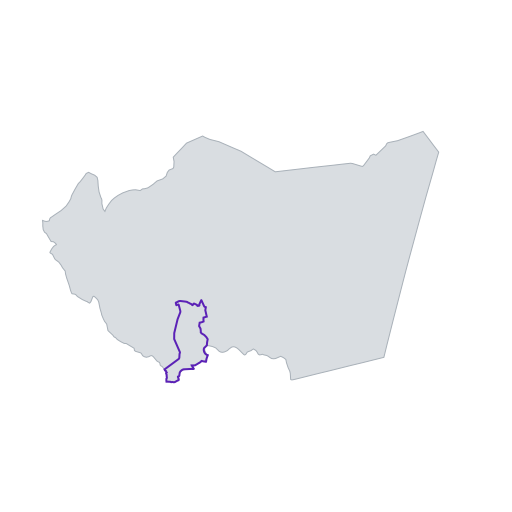 where Sila sits in Chad, rotated 77°
{"feature_id": "TCD-5582", "entity_name": "Sila", "entity_type": "Prefecture", "adm_level": 1, "iso_a3": "TCD", "parent_name": "Chad", "parent_adm1": "", "projection": "orthographic", "projection_center": [21.327, 12.006], "detail": "fine", "context": "in_parent", "style": "outline", "palette": "violet", "viewbox_px": 512, "rotation_deg": 77, "n_neighbors": 0, "source": "natural_earth", "source_scale": "10m", "svg_char_len": 5842}
<svg xmlns="http://www.w3.org/2000/svg" viewBox="0 0 512 512"><g transform="rotate(77 256 256)"><path d="M383.5,154.2L383.7,165.5L383.9,176.7L384.0,187.9L384.2,199.2L384.4,210.4L384.5,221.7L384.7,233.0L384.9,244.3L384.9,248.0L384.6,249.5L384.0,250.0L378.2,249.0L375.7,249.0L372.1,249.8L366.9,250.3L363.5,250.2L361.2,252.1L359.3,254.5L360.3,260.1L360.1,261.9L359.4,263.9L357.8,265.5L356.2,266.9L355.3,268.0L354.1,270.6L353.2,271.8L353.3,273.4L353.1,275.0L352.1,275.9L349.7,276.6L348.1,277.3L346.8,278.6L346.0,279.4L346.4,280.6L347.1,282.2L347.4,284.7L347.7,286.2L348.9,287.4L349.6,288.2L349.9,289.3L349.2,290.1L346.2,292.0L345.0,292.7L343.6,293.6L343.1,293.9L340.9,295.7L339.8,297.2L339.3,298.5L339.3,300.2L340.4,302.9L341.7,305.1L342.1,306.8L342.4,308.6L342.3,310.4L341.7,311.9L340.6,313.3L336.5,315.9L334.4,318.8L332.8,322.2L332.4,324.1L332.9,325.3L333.7,326.4L335.0,326.9L336.8,327.1L339.7,326.5L342.5,326.1L345.5,327.4L347.0,330.2L346.4,332.4L347.5,336.2L348.6,340.8L348.5,342.4L348.9,343.0L350.8,343.3L351.2,344.3L350.6,352.5L351.5,354.7L352.7,356.4L354.1,357.2L355.6,358.3L356.3,359.0L357.9,359.2L359.8,360.7L360.3,362.6L360.2,364.5L359.1,368.7L358.3,371.5L357.2,371.3L355.0,370.6L352.4,370.0L349.1,369.6L346.1,370.7L342.7,372.2L341.7,373.3L340.7,373.9L339.3,373.8L337.9,374.0L337.2,375.0L336.0,376.2L331.2,378.6L330.1,379.4L329.5,380.3L329.5,381.2L330.0,383.2L330.0,385.6L329.0,387.5L327.7,388.8L326.3,389.3L325.1,389.6L324.3,390.4L321.8,394.8L320.7,395.7L318.5,395.5L312.1,402.1L311.5,404.1L309.2,406.9L306.2,409.9L303.6,411.4L303.4,412.0L302.7,412.6L301.1,413.2L295.4,417.0L288.7,416.8L285.7,418.2L282.8,418.9L278.5,419.6L277.3,419.5L271.8,419.8L265.4,419.6L263.0,420.1L260.7,421.5L259.0,422.7L258.7,423.2L259.0,423.7L258.9,424.1L263.4,427.2L264.5,428.7L263.3,430.2L262.8,430.4L262.7,430.4L262.0,431.6L259.4,435.0L255.3,439.1L253.3,440.2L252.5,441.0L251.4,443.7L250.7,444.0L248.0,444.4L242.6,444.6L235.1,445.4L230.6,445.6L227.8,445.3L223.8,447.2L222.4,447.6L221.5,447.8L217.6,449.5L214.4,452.3L213.2,452.8L208.6,453.9L206.8,455.8L206.0,456.0L203.1,453.4L201.1,451.0L200.2,448.7L200.1,447.9L199.5,448.0L197.9,449.0L196.5,450.2L195.8,452.4L191.1,453.9L187.1,455.1L185.2,456.7L182.4,457.4L178.8,457.0L176.0,456.3L173.3,456.0L174.6,454.0L175.2,452.5L175.3,450.7L175.1,449.4L173.5,448.7L172.5,447.7L170.2,441.8L167.9,435.7L164.6,429.7L161.0,425.8L158.3,423.4L157.5,423.1L156.1,422.3L155.2,421.7L150.4,417.5L145.4,412.8L144.1,410.7L141.6,407.6L138.9,404.4L137.4,402.9L136.8,400.3L138.8,398.0L141.0,395.0L143.6,393.1L146.9,393.1L152.3,394.0L158.2,394.5L164.1,394.0L165.6,393.6L167.1,393.6L170.3,394.4L175.8,394.4L178.6,393.2L175.6,391.1L172.4,387.8L169.4,384.2L167.6,380.9L165.9,376.7L164.5,371.5L163.7,364.9L163.9,361.1L164.4,358.4L166.2,354.1L165.1,351.5L165.4,349.4L165.3,346.3L164.8,344.7L162.8,339.6L162.4,339.0L160.6,335.5L159.9,329.5L157.9,325.6L154.6,323.6L152.7,321.3L152.1,317.2L150.8,316.1L145.5,314.6L141.1,314.4L138.0,309.8L134.1,303.8L130.4,298.3L128.3,287.3L127.1,281.0L128.8,279.2L132.0,274.8L136.3,266.4L145.8,253.6L150.6,247.0L160.1,237.2L171.7,225.1L178.3,218.3L179.7,205.7L181.2,192.4L182.3,182.3L183.7,170.4L184.9,160.4L185.7,153.2L186.9,142.9L187.7,141.0L192.3,133.0L192.7,132.0L191.9,130.6L186.0,123.6L184.1,122.1L183.2,118.5L184.8,116.5L177.9,104.9L176.1,103.5L175.3,102.1L175.3,100.0L175.5,92.1L174.1,79.7L172.2,65.2L180.9,61.3L187.5,58.4L195.9,54.6L203.4,58.8L214.4,64.8L225.4,70.9L236.4,77.0L247.5,83.0L258.6,89.0L269.8,95.0L281.0,101.0L292.2,107.0L303.5,113.0L314.8,118.9L326.2,124.8L337.6,130.7L349.0,136.6L360.5,142.5L372.0,148.4L383.5,154.2Z" fill="#d9dde1" stroke="#a8b0b8" stroke-width="1"/><path d="M350.7,370.0L350.2,370.0L349.6,369.4L349.4,369.7L349.1,369.6L348.7,369.5L348.3,369.4L348.0,369.5L347.7,369.7L347.3,370.2L347.0,370.4L346.6,370.5L345.9,370.6L338.9,354.4L338.5,354.0L337.9,353.6L334.1,352.5L333.2,351.9L332.8,351.8L332.4,351.8L318.5,354.4L312.7,353.0L300.1,346.7L293.9,342.5L293.4,342.3L292.7,342.1L286.2,342.3L285.9,342.4L285.8,342.5L285.8,343.0L286.0,344.4L286.0,344.6L285.8,344.7L285.7,344.7L284.5,344.7L283.9,344.7L283.6,344.7L283.4,344.5L283.3,344.2L283.1,342.8L283.1,342.5L282.7,341.9L282.7,340.4L282.8,339.9L284.4,335.4L285.1,333.7L285.4,333.3L285.5,333.3L285.6,333.2L285.8,333.0L286.0,332.8L286.6,331.9L287.5,331.0L288.1,330.1L288.3,329.9L288.5,329.7L289.1,329.4L289.5,329.1L289.6,328.9L289.5,328.7L289.4,328.5L288.6,327.7L288.4,327.3L288.4,327.1L288.6,326.8L290.3,324.6L290.5,324.5L290.8,324.5L291.0,324.5L291.2,324.4L291.5,324.1L291.5,323.9L291.6,323.7L291.5,323.1L291.6,322.8L291.5,322.6L291.5,322.4L291.4,322.3L291.2,322.2L290.9,322.3L290.6,322.3L287.0,319.5L286.8,319.3L286.8,319.2L287.0,319.1L293.4,317.8L293.6,317.7L293.9,317.5L294.6,316.4L297.4,317.6L300.2,317.6L304.0,317.6L304.2,321.0L306.0,321.5L308.0,321.8L308.3,323.6L308.3,325.9L311.5,327.2L314.3,326.4L316.9,326.7L317.9,327.0L319.1,326.5L321.4,324.1L323.9,322.6L326.2,321.8L329.2,323.1L332.0,324.0L332.1,324.3L332.8,325.2L333.8,327.0L334.3,327.5L335.2,327.9L336.2,328.1L337.2,328.1L338.2,328.0L339.4,327.6L340.3,327.1L341.1,326.3L341.8,325.3L344.9,327.3L347.4,328.3L347.8,328.6L346.6,331.5L346.0,332.4L346.0,332.7L346.9,334.0L348.7,339.6L348.8,339.9L348.8,340.2L348.8,340.5L348.1,343.3L348.3,343.3L348.4,343.2L348.7,343.0L350.3,342.5L351.3,342.3L351.6,342.5L351.8,342.1L352.0,342.2L352.0,342.6L351.9,343.1L351.5,344.4L350.1,352.2L350.3,353.4L350.8,354.6L351.5,355.7L352.4,356.5L353.3,356.9L355.3,357.6L355.9,358.2L356.0,358.4L356.0,359.2L356.3,359.3L358.6,359.0L359.2,359.1L359.6,359.4L359.9,361.2L360.5,363.0L360.6,363.4L360.6,364.1L360.5,364.6L360.1,365.5L359.9,365.9L359.9,366.4L359.9,366.9L359.8,367.2L359.4,367.6L359.2,367.9L358.3,371.5L356.9,371.3L355.4,370.9L354.8,370.3L353.8,370.1L353.6,370.1L352.7,370.1L352.0,369.8L351.8,369.8L351.2,369.8L350.7,370.0Z" fill="none" stroke="#5b21b6" stroke-width="2"/></g></svg>